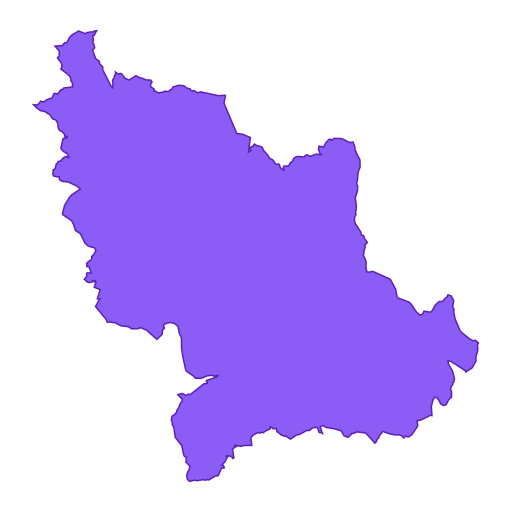 Atemajac de Brizuela, Jalisco, Mexico
{"feature_id": "50627088B86434321142038", "entity_name": "Atemajac de Brizuela", "entity_type": "district", "adm_level": 2, "iso_a3": "MEX", "parent_name": "Mexico", "parent_adm1": "Jalisco", "projection": "robinson", "projection_center": [-103.741, 20.179], "detail": "fine", "context": "isolated", "style": "filled", "palette": "violet", "viewbox_px": 512, "rotation_deg": 0, "n_neighbors": 0, "source": "geoboundaries", "source_scale": "gbopen_adm2", "svg_char_len": 5903}
<svg xmlns="http://www.w3.org/2000/svg" viewBox="0 0 512 512"><path d="M111.1,86.2L102.6,69.5L102.8,67.0L99.8,63.9L99.3,61.3L95.7,58.6L92.5,50.1L94.7,47.8L93.6,43.5L92.5,42.7L93.5,40.1L92.6,35.8L94.3,35.2L96.6,30.7L94.0,31.1L92.8,32.2L91.4,31.8L86.7,32.6L85.6,33.8L78.6,31.0L71.3,35.4L69.2,38.0L67.5,41.5L66.2,43.0L64.8,42.7L63.7,43.6L62.5,45.5L55.0,46.1L59.2,51.0L59.2,56.1L57.5,57.6L58.1,59.0L60.8,62.0L61.6,63.9L62.0,66.6L60.9,69.1L67.8,74.3L70.1,76.9L71.1,79.2L70.7,80.3L72.5,83.2L72.5,86.9L63.7,88.0L62.8,89.4L61.0,89.6L57.6,94.0L55.2,93.4L53.8,93.8L52.0,98.0L47.5,99.3L43.6,101.9L40.5,101.2L38.8,103.9L36.4,105.0L33.6,104.7L36.6,107.9L40.6,110.7L44.7,111.5L49.9,114.8L52.7,118.9L55.7,119.9L57.1,121.9L57.9,124.3L58.2,128.1L59.7,130.6L61.8,131.4L63.8,133.4L64.9,135.4L64.8,136.6L67.2,136.5L66.4,138.4L63.7,138.2L63.0,138.9L60.9,147.9L61.5,149.4L63.3,151.4L67.1,153.6L68.8,156.9L68.4,157.6L66.0,156.4L63.7,157.5L60.8,160.8L58.2,161.6L57.5,163.4L56.2,164.0L55.6,167.2L54.6,169.2L53.0,169.9L53.3,171.6L52.8,173.7L53.5,176.0L57.6,176.9L59.2,176.5L59.4,179.7L62.3,181.4L68.2,182.0L76.6,185.9L80.4,189.0L71.7,194.8L69.2,197.6L64.6,205.4L62.5,213.5L62.7,214.6L71.4,220.5L73.5,224.3L75.4,230.4L80.4,233.8L85.0,243.1L87.6,245.6L89.3,246.5L94.5,247.8L95.9,250.8L93.0,255.4L91.9,256.1L91.6,257.1L92.1,257.2L91.4,259.5L87.3,262.5L86.6,263.8L86.8,266.5L89.0,266.7L91.2,273.2L87.4,272.8L86.6,273.4L86.6,276.5L84.3,279.3L87.4,282.1L89.3,282.6L92.1,281.9L92.8,280.6L94.3,281.8L94.7,280.6L95.6,281.0L96.0,282.1L94.2,287.2L100.2,289.7L97.3,298.8L99.8,299.0L95.5,306.5L106.1,319.4L107.3,322.3L109.5,322.0L115.1,322.8L121.2,325.9L128.5,326.7L131.5,328.8L137.3,328.8L140.7,327.6L146.7,330.3L156.9,339.4L162.2,334.3L162.5,330.0L164.4,328.4L164.2,327.1L163.4,326.3L163.7,324.7L167.4,323.0L170.3,322.5L174.3,323.3L178.1,326.6L179.1,332.8L181.4,337.6L181.6,347.8L182.6,355.4L185.7,370.0L187.0,371.6L193.8,376.3L195.3,378.3L201.4,378.3L207.1,375.8L211.9,375.3L214.0,376.2L218.4,375.3L215.8,377.4L206.5,380.4L206.3,381.3L207.3,382.3L207.3,383.3L203.8,383.9L190.5,394.3L189.3,394.7L188.2,394.2L185.9,395.5L183.3,393.9L181.4,393.5L177.9,394.7L182.2,399.2L182.0,401.3L180.0,404.0L178.8,407.6L177.0,410.0L176.5,412.2L175.3,413.9L172.0,416.3L171.3,420.5L172.0,420.9L172.3,422.5L172.2,424.6L173.8,427.0L175.2,437.3L181.8,445.7L183.7,455.0L184.4,456.3L186.3,457.3L186.0,462.3L189.7,465.8L189.4,469.0L187.6,472.3L186.7,475.4L187.4,479.3L188.5,480.5L189.7,481.3L194.5,480.2L196.7,480.7L202.3,479.8L206.1,480.1L207.7,479.4L208.8,480.0L215.0,476.2L218.3,475.6L221.4,468.2L224.0,468.1L224.3,467.2L223.1,465.2L221.8,464.9L224.7,462.1L227.7,456.7L226.6,456.3L227.0,455.6L231.7,456.5L232.7,458.5L233.9,457.9L232.5,449.1L235.7,446.6L234.6,446.2L235.3,445.1L235.9,445.0L236.5,446.5L238.5,445.6L240.4,446.4L244.1,445.5L251.8,445.4L250.9,437.6L252.2,436.3L252.0,435.7L257.9,432.6L260.0,433.1L261.2,432.4L263.6,432.7L264.4,431.6L270.2,428.8L270.2,427.0L271.6,427.3L273.3,428.8L276.2,428.4L277.0,431.9L277.7,431.9L281.2,435.0L284.9,436.3L286.0,436.1L290.1,438.9L291.0,438.9L296.4,435.0L299.7,434.4L307.0,430.3L308.5,430.6L309.9,430.2L312.3,428.0L314.8,427.4L317.5,427.7L319.2,432.6L321.2,432.6L322.4,433.4L320.2,426.8L322.9,425.5L326.3,427.5L333.9,428.7L340.2,430.5L341.5,431.3L343.9,435.7L347.3,437.1L348.5,437.1L352.0,433.5L353.6,433.4L356.9,431.9L365.7,433.0L374.9,443.1L376.5,441.5L377.0,439.5L378.9,437.5L379.1,436.1L382.8,431.6L384.0,431.6L385.3,432.6L386.7,432.4L387.8,433.4L395.5,435.0L398.5,434.7L401.4,435.6L403.8,438.0L404.8,436.3L408.8,436.9L412.0,434.5L417.1,427.0L417.8,425.3L417.0,420.8L420.9,420.0L430.2,415.4L432.0,415.6L431.3,406.6L433.2,399.3L434.8,397.3L437.3,397.8L440.8,403.9L443.4,405.5L446.0,404.8L448.9,399.5L451.4,397.3L451.6,391.9L450.6,389.4L451.2,386.6L452.8,384.6L452.5,383.0L453.8,382.4L454.5,378.6L452.4,370.8L448.6,364.3L447.9,360.7L450.9,361.4L466.2,371.3L465.2,372.4L472.1,367.9L476.0,361.0L475.9,356.6L477.5,351.4L477.8,347.6L477.3,345.3L478.4,342.9L475.5,340.4L472.5,340.6L469.8,339.0L461.6,332.5L460.0,330.5L455.0,318.7L453.7,311.7L454.0,309.5L452.7,306.7L453.7,300.5L451.2,295.9L448.0,294.8L446.7,297.3L445.1,298.3L442.4,301.6L439.4,301.4L435.6,304.6L431.8,311.3L430.1,312.2L424.0,311.1L422.5,314.3L419.9,315.0L416.3,311.8L411.1,304.0L409.0,302.1L397.3,297.7L395.6,289.1L390.2,279.2L373.8,271.8L371.8,271.3L370.4,272.1L366.7,271.9L366.0,266.7L366.1,261.4L363.5,255.5L364.2,250.1L365.2,247.6L364.9,245.4L367.3,242.4L364.9,239.1L363.7,235.8L361.3,234.7L360.8,232.0L355.3,223.5L354.5,220.5L354.5,217.5L356.0,214.4L355.4,212.6L356.2,209.6L356.3,205.0L355.2,198.0L357.4,191.2L357.7,185.8L357.0,185.1L356.6,183.1L357.4,180.5L358.1,172.3L360.1,167.1L360.0,161.3L359.9,159.7L356.2,152.7L356.0,151.3L355.0,150.3L354.9,147.1L353.0,142.0L349.5,142.5L343.2,139.2L340.4,138.5L334.2,138.4L331.7,140.1L329.9,139.1L328.7,139.6L325.7,143.0L323.7,146.9L318.9,146.2L318.5,149.2L319.6,152.6L321.2,154.7L316.4,154.1L310.0,156.4L307.0,154.8L305.7,155.2L303.9,157.0L298.1,156.4L296.0,156.8L293.7,158.4L292.6,161.2L290.3,162.8L288.6,166.0L283.8,166.1L283.3,167.5L284.0,170.3L281.1,168.5L280.0,167.0L279.5,164.8L278.0,163.9L276.7,164.3L275.6,163.9L272.6,159.7L269.7,158.4L267.9,155.3L263.3,150.1L262.5,147.7L261.1,146.6L256.8,145.6L254.4,144.1L253.0,146.2L251.2,146.8L249.9,148.8L251.1,150.4L248.5,152.2L249.3,146.1L248.9,146.0L249.5,144.6L250.3,137.5L242.4,134.2L236.8,133.5L224.0,103.2L225.4,95.9L225.1,95.2L218.5,95.7L200.3,91.8L197.6,92.9L194.1,90.6L192.8,90.9L190.8,90.3L190.1,88.9L186.3,87.9L185.1,86.6L183.1,85.6L178.5,85.3L172.8,87.1L172.3,88.9L170.3,89.7L168.7,91.5L164.4,91.2L164.0,91.9L158.1,92.9L155.6,91.1L153.9,91.1L154.2,89.1L150.6,86.6L150.7,83.9L152.1,82.1L150.9,80.1L146.1,79.9L142.3,78.2L139.9,77.8L135.9,75.7L129.1,80.1L124.7,78.1L122.7,75.0L120.7,73.4L118.1,74.1L115.4,72.0L115.5,74.4L114.5,75.6L114.2,77.5L112.5,80.3L113.0,82.8L112.6,87.7L111.1,86.2Z" fill="#8b5cf6" stroke="#5b21b6" stroke-width="1.5"/></svg>